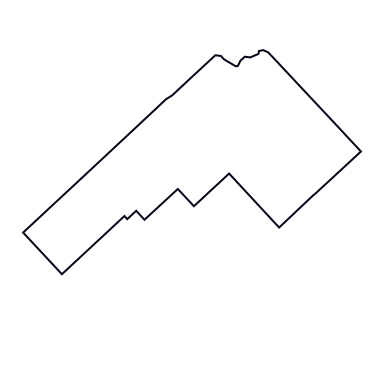 Bonneville, Idaho, United States of America, rotated 317°
{"feature_id": "52423323B55916702614630", "entity_name": "Bonneville", "entity_type": "district", "adm_level": 2, "iso_a3": "USA", "parent_name": "United States of America", "parent_adm1": "Idaho", "projection": "mercator", "projection_center": [-111.357, 43.323], "detail": "fine", "context": "isolated", "style": "outline", "palette": "ink", "viewbox_px": 384, "rotation_deg": 317, "n_neighbors": 0, "source": "geoboundaries", "source_scale": "gbopen_adm2", "svg_char_len": 752}
<svg xmlns="http://www.w3.org/2000/svg" viewBox="0 0 384 384"><g transform="rotate(317 192 192)"><path d="M231.5,277.4L278.5,277.1L279.9,277.3L343.2,277.6L343.2,276.7L343.2,276.1L343.2,275.6L343.2,274.8L343.2,271.4L343.2,270.5L343.2,270.0L343.2,267.6L343.2,266.1L343.2,264.4L343.2,263.9L343.2,262.7L343.2,233.3L343.2,231.2L343.2,229.9L343.2,228.1L343.1,194.3L343.0,142.0L340.8,136.8L337.3,134.6L334.7,136.3L326.4,133.3L322.9,129.1L317.0,129.0L311.5,131.1L309.7,129.9L305.9,116.8L305.9,112.2L302.3,107.9L270.3,107.8L243.3,107.8L236.3,106.4L224.0,106.5L150.7,106.6L40.8,106.5L40.8,163.4L126.2,163.5L126.1,167.7L138.4,167.7L138.3,179.9L158.4,180.0L183.7,180.1L183.7,203.7L231.7,203.8L231.5,277.4Z" fill="none" stroke="#020617" stroke-width="2"/></g></svg>